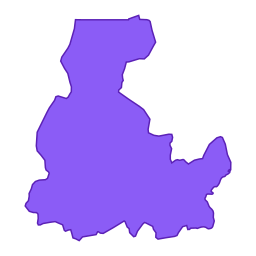 an SVG outline of Ségou
{"feature_id": "MLI-2810", "entity_name": "Ségou", "entity_type": "Region", "adm_level": 1, "iso_a3": "MLI", "parent_name": "Mali", "parent_adm1": "", "projection": "robinson", "projection_center": [-5.293, 14.054], "detail": "fine", "context": "isolated", "style": "filled", "palette": "violet", "viewbox_px": 256, "rotation_deg": 0, "n_neighbors": 0, "source": "natural_earth", "source_scale": "10m", "svg_char_len": 2786}
<svg xmlns="http://www.w3.org/2000/svg" viewBox="0 0 256 256"><path d="M230.3,170.4L230.0,169.9L229.8,169.7L229.5,169.6L229.3,169.7L229.1,169.9L228.2,171.1L228.6,171.4L229.4,171.5L229.9,171.9L229.6,172.6L228.7,173.4L227.7,174.2L227.0,174.5L226.2,174.8L225.2,176.1L224.6,176.5L222.8,177.0L222.3,177.3L221.2,178.4L220.5,179.8L219.4,182.9L218.4,184.7L217.1,186.3L216.4,186.7L215.8,186.7L215.2,186.6L214.5,186.7L213.5,187.4L212.4,188.7L211.4,190.0L211.1,191.1L211.5,191.8L212.9,192.7L213.1,193.3L212.6,194.0L211.9,194.2L207.7,194.0L206.5,194.5L205.7,197.0L205.3,197.6L205.0,198.3L205.0,199.2L205.3,199.9L207.3,201.9L209.0,206.2L209.9,207.5L211.8,209.3L213.0,211.0L213.5,213.1L213.3,217.4L214.2,220.8L214.1,221.7L212.7,226.6L212.1,227.5L211.2,228.2L209.9,228.6L208.5,228.8L207.6,228.5L205.8,227.3L203.8,226.8L201.6,227.0L199.5,227.6L197.5,228.4L196.5,228.2L196.3,228.0L190.6,228.2L189.6,229.4L187.8,229.5L186.7,225.5L182.6,226.7L178.4,232.7L177.0,235.5L174.6,236.4L166.0,237.7L158.0,239.1L155.8,237.3L156.0,232.8L153.5,229.3L152.7,226.4L145.8,222.9L144.5,222.5L142.7,224.1L137.5,231.2L135.5,236.1L133.7,236.7L129.7,232.7L129.1,228.6L127.2,227.0L125.0,221.5L124.1,221.0L113.3,227.6L103.2,233.4L100.3,233.1L98.3,231.7L97.6,231.8L96.1,234.6L82.5,236.9L79.2,240.6L75.9,238.9L73.0,237.9L71.7,233.0L70.7,229.7L68.5,230.0L65.5,231.2L64.3,230.3L62.6,224.8L58.1,222.9L55.2,221.6L50.5,222.2L43.1,223.5L40.3,224.9L38.3,224.9L37.5,223.1L38.2,218.4L38.0,214.1L36.6,212.6L33.3,212.5L29.3,211.3L26.1,207.2L25.2,206.0L26.0,203.4L28.4,200.7L29.2,196.2L29.1,193.5L31.3,188.9L32.5,184.6L35.4,181.5L39.3,180.1L45.4,179.7L47.5,178.4L49.2,173.2L48.5,171.9L46.1,170.0L45.4,167.7L44.9,160.3L41.1,155.3L37.2,150.9L36.3,145.9L37.2,132.2L47.1,112.1L49.4,107.8L54.6,100.3L55.9,96.7L58.2,96.0L66.3,98.5L68.2,97.1L69.7,94.3L71.3,91.8L71.4,86.8L70.0,82.4L67.8,73.4L64.6,68.5L60.7,61.1L61.8,57.1L67.9,48.2L69.9,44.3L74.4,28.7L75.5,19.7L82.0,19.8L90.8,19.8L95.8,19.8L100.6,19.8L105.0,19.8L109.2,19.8L118.0,19.8L128.3,19.8L128.5,19.8L128.6,19.7L128.7,19.3L128.8,18.9L138.7,15.4L139.7,19.4L146.8,19.7L148.9,20.3L150.1,21.5L152.0,30.2L155.6,42.2L153.3,46.2L148.5,55.1L144.3,58.9L139.3,58.7L129.1,61.8L126.3,62.1L124.6,68.6L122.3,74.7L122.6,77.9L123.2,80.5L121.9,82.4L121.4,87.6L118.7,90.1L118.6,92.1L128.5,99.1L139.8,106.7L143.6,109.6L149.9,119.2L148.1,129.4L148.5,132.8L153.9,135.3L158.9,136.1L168.9,134.2L171.8,134.4L172.6,137.4L171.8,141.3L170.0,143.1L169.9,145.2L171.6,148.7L170.3,155.1L170.3,159.3L171.8,162.9L175.6,160.2L177.4,159.7L179.7,160.3L183.1,159.5L184.0,159.9L185.6,161.7L188.4,164.0L194.4,160.2L199.3,159.0L202.6,158.6L203.8,155.3L209.4,144.4L216.9,137.8L220.5,136.7L222.4,137.5L225.3,144.2L227.4,154.6L230.8,162.3L230.7,169.4L230.7,169.8L230.3,170.4Z" fill="#8b5cf6" stroke="#5b21b6" stroke-width="1.5"/></svg>